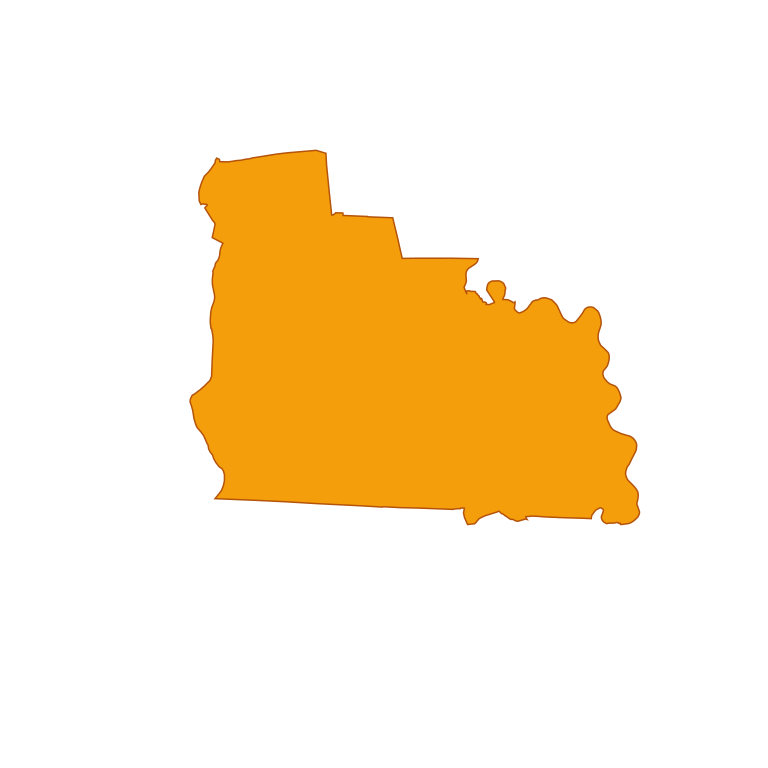 Zamostea, Suceava, Romania, rotated 43°
{"feature_id": "2599482B28326865734351", "entity_name": "Zamostea", "entity_type": "district", "adm_level": 2, "iso_a3": "ROU", "parent_name": "Romania", "parent_adm1": "Suceava", "projection": "equal_earth", "projection_center": [26.217, 47.859], "detail": "fine", "context": "isolated", "style": "filled", "palette": "amber", "viewbox_px": 768, "rotation_deg": 43, "n_neighbors": 0, "source": "geoboundaries", "source_scale": "gbopen_adm2", "svg_char_len": 6122}
<svg xmlns="http://www.w3.org/2000/svg" viewBox="0 0 768 768"><g transform="rotate(43 384 384)"><path d="M338.6,583.1L369.7,556.4L392.5,537.1L416.8,517.0L450.1,488.9L466.9,475.0L466.9,474.5L480.6,463.0L494.3,450.8L519.7,428.9L521.5,426.4L525.0,422.9L524.9,422.0L527.5,420.0L530.1,424.1L534.0,426.8L541.0,429.8L543.6,426.6L545.6,424.4L545.7,422.9L545.4,418.0L545.9,416.0L546.9,413.6L548.0,411.0L554.1,400.3L554.4,399.1L554.7,398.8L555.8,398.6L558.4,398.6L559.7,397.9L562.7,397.7L564.3,397.3L567.9,396.9L569.1,396.5L570.6,395.1L573.1,394.5L575.5,393.2L579.6,386.2L581.0,385.5L579.7,385.2L578.2,384.3L582.9,379.1L587.6,375.2L591.8,371.9L595.9,368.4L597.5,367.1L598.9,365.9L599.4,365.3L602.3,363.0L621.2,346.4L627.4,341.1L626.8,340.4L625.6,338.4L625.4,337.3L625.1,335.0L624.9,331.9L625.2,330.6L625.7,329.3L626.2,327.9L626.2,327.6L626.4,327.2L626.7,326.9L627.4,326.6L628.4,326.5L629.5,326.2L630.2,326.4L630.8,326.9L631.6,328.7L632.3,329.8L632.8,331.6L633.5,332.8L634.1,333.5L634.8,334.0L636.2,334.7L636.9,334.9L638.4,335.1L640.8,334.7L642.1,334.2L642.4,333.9L642.9,332.9L644.1,331.7L647.1,328.8L648.7,326.5L649.1,326.1L649.7,325.9L650.3,325.9L650.6,325.8L651.1,325.5L651.5,324.9L651.8,324.7L652.5,325.3L653.0,325.3L653.2,325.2L654.1,324.1L657.6,319.8L658.5,318.4L659.2,316.9L659.7,315.0L660.1,312.6L660.4,308.5L659.7,305.9L659.2,304.7L658.8,304.1L658.0,303.2L650.8,299.4L650.4,298.9L648.2,295.1L646.0,292.2L644.8,291.0L643.2,289.9L641.9,289.3L639.7,288.8L637.4,288.4L629.0,288.0L627.2,287.8L626.3,287.5L623.4,286.1L621.9,284.9L621.2,284.1L619.8,281.9L618.9,279.8L618.4,278.6L618.1,275.6L615.8,268.2L614.6,263.7L613.7,260.9L613.2,259.9L611.4,257.5L610.5,256.4L609.6,255.7L608.7,255.1L607.9,254.7L604.7,253.9L602.9,253.8L600.8,254.1L599.9,254.3L598.8,254.8L594.5,257.0L590.9,258.7L584.9,260.7L583.6,261.1L582.8,261.2L580.8,261.1L578.7,260.7L577.6,260.3L573.1,258.4L571.5,257.6L570.7,257.0L570.0,256.4L569.2,255.2L568.8,254.4L568.7,253.9L568.8,252.9L570.3,245.2L570.4,244.0L569.2,238.4L568.6,235.9L567.3,233.3L566.6,232.3L563.2,230.2L560.6,229.0L557.7,228.0L556.4,227.8L555.2,227.8L553.9,228.0L549.7,229.7L548.4,230.0L547.2,230.1L545.2,230.1L541.9,229.7L540.5,229.4L539.5,228.9L537.4,227.6L536.4,226.4L535.7,225.3L535.5,224.5L535.4,223.7L535.2,220.4L535.0,218.9L534.6,217.6L534.0,216.3L533.2,214.7L531.8,212.4L530.1,210.4L529.3,209.7L528.5,209.1L527.8,208.7L526.6,208.2L526.1,208.1L520.5,207.9L516.3,208.0L515.7,207.8L514.6,207.4L512.4,206.5L511.2,205.8L510.3,205.2L508.6,203.7L508.1,203.2L506.9,201.7L505.9,200.1L505.0,198.4L504.0,196.0L502.6,193.2L501.7,191.8L500.2,190.3L498.3,188.7L496.3,187.4L492.9,185.6L491.6,185.2L490.4,184.9L486.3,185.1L484.6,185.4L482.7,186.6L482.1,187.2L481.1,188.3L480.7,189.0L480.2,190.2L480.0,191.3L479.9,192.3L480.0,193.3L480.9,196.9L481.5,202.3L481.8,207.4L481.4,208.9L480.9,209.7L480.4,210.4L478.9,211.8L477.3,212.6L476.7,212.8L472.2,213.5L470.4,213.6L469.1,213.3L467.4,212.8L457.4,208.7L455.4,208.3L450.9,208.1L449.2,208.1L446.0,209.5L444.2,210.3L443.0,211.1L441.9,212.1L441.0,213.3L440.2,214.5L439.8,215.7L439.3,217.5L439.1,217.8L438.2,218.5L437.9,218.9L436.7,221.3L436.5,221.8L436.3,222.9L436.3,223.4L436.7,225.1L436.7,226.4L437.1,229.3L437.3,231.5L437.0,233.1L436.8,234.3L436.2,236.5L434.7,239.6L434.1,240.0L433.2,240.3L431.2,240.5L429.4,240.4L427.8,239.9L427.4,239.1L426.5,238.0L425.5,236.5L424.1,234.8L423.8,234.6L423.8,234.9L423.9,235.5L423.5,236.0L422.6,236.3L420.5,236.8L417.6,237.7L415.9,238.8L413.8,240.7L413.2,241.1L412.8,240.5L412.2,238.8L412.0,237.7L411.3,236.3L409.9,234.3L408.8,233.2L408.4,232.0L407.4,230.8L406.6,230.3L405.3,229.9L403.7,229.1L403.0,228.9L401.8,228.9L401.1,229.0L399.2,229.5L397.9,230.1L396.9,230.9L395.3,232.6L394.6,233.2L392.9,234.9L392.5,235.6L392.2,236.6L391.7,238.0L391.9,240.4L393.7,243.6L395.2,245.3L407.1,248.2L408.2,248.5L409.2,249.1L406.8,254.2L404.4,256.1L403.9,255.2L403.6,254.9L403.4,254.9L402.8,255.1L401.9,255.2L401.6,255.4L400.9,256.3L400.7,256.5L400.0,256.5L398.2,255.4L397.2,255.1L396.9,255.0L396.7,255.1L396.9,255.8L396.8,256.0L396.6,256.0L395.9,255.6L394.6,255.4L394.0,255.1L393.6,254.9L392.5,254.8L391.8,255.0L390.7,254.5L389.9,254.7L389.3,254.8L388.6,254.6L387.9,254.1L387.7,254.1L385.4,256.0L385.1,256.6L383.6,257.2L383.2,257.4L382.2,258.4L381.2,259.2L381.1,259.4L381.2,259.7L382.0,260.7L382.4,261.0L382.6,261.3L381.8,261.2L376.6,258.7L375.5,255.4L374.6,253.5L373.9,252.4L369.3,248.1L368.6,247.2L367.8,245.9L367.4,245.0L367.1,243.8L367.0,242.1L367.0,241.5L367.6,239.3L368.7,234.6L368.9,233.2L368.9,232.2L368.8,231.3L368.4,230.0L368.1,229.3L367.4,228.1L345.9,247.5L340.2,252.9L321.0,270.8L311.7,279.7L302.3,273.4L295.4,268.6L295.2,268.5L277.0,256.5L258.0,272.9L257.7,272.7L239.2,288.6L237.3,287.0L235.5,288.5L231.9,291.8L231.8,293.5L231.4,295.3L230.5,296.1L213.2,281.1L192.3,262.7L184.2,254.9L175.0,259.4L155.4,281.1L148.5,289.3L133.9,308.0L131.6,311.6L129.9,313.4L126.9,317.7L124.8,320.1L123.4,321.6L121.0,324.8L118.7,327.6L116.5,329.7L112.3,333.4L110.4,332.0L107.6,332.9L108.1,335.3L109.7,337.6L110.9,346.0L111.1,348.8L110.9,353.8L111.0,354.9L113.2,361.0L114.9,364.7L116.3,367.5L117.9,370.2L124.0,376.1L127.7,377.6L128.2,376.5L128.9,375.6L130.6,374.7L131.3,373.9L132.0,373.5L132.8,373.7L132.9,374.2L132.8,375.4L132.8,377.2L133.1,377.5L146.8,381.2L150.1,381.6L151.5,382.4L155.1,388.2L158.5,394.1L166.4,391.9L170.2,390.9L170.9,393.2L171.9,395.9L173.3,398.4L174.6,400.1L175.9,401.8L176.8,403.4L178.1,406.6L178.2,408.6L178.4,410.3L178.9,411.5L179.7,412.5L180.2,413.7L181.6,417.7L181.9,418.2L182.8,418.8L186.8,424.2L188.9,426.5L190.1,427.7L191.7,429.1L198.7,434.0L201.0,436.0L202.7,438.4L203.5,439.8L205.8,445.4L208.1,449.3L212.5,454.8L215.4,457.9L219.7,461.4L220.3,461.2L226.0,465.5L229.8,469.1L243.1,484.9L252.6,495.9L254.3,500.0L254.0,508.3L253.4,513.9L252.2,520.8L251.4,523.1L252.7,527.1L254.3,529.3L258.4,531.5L262.3,533.9L268.5,538.8L273.9,542.0L277.1,543.3L283.5,544.0L287.6,544.9L295.0,548.1L297.0,548.7L300.1,551.1L303.0,552.2L307.0,552.9L310.5,554.8L314.7,556.1L320.1,557.0L323.2,556.4L326.2,557.3L329.2,559.2L333.3,563.6L335.7,567.6L337.7,572.5L338.2,576.9L338.6,583.1Z" fill="#f59e0b" stroke="#b45309" stroke-width="1.5"/></g></svg>